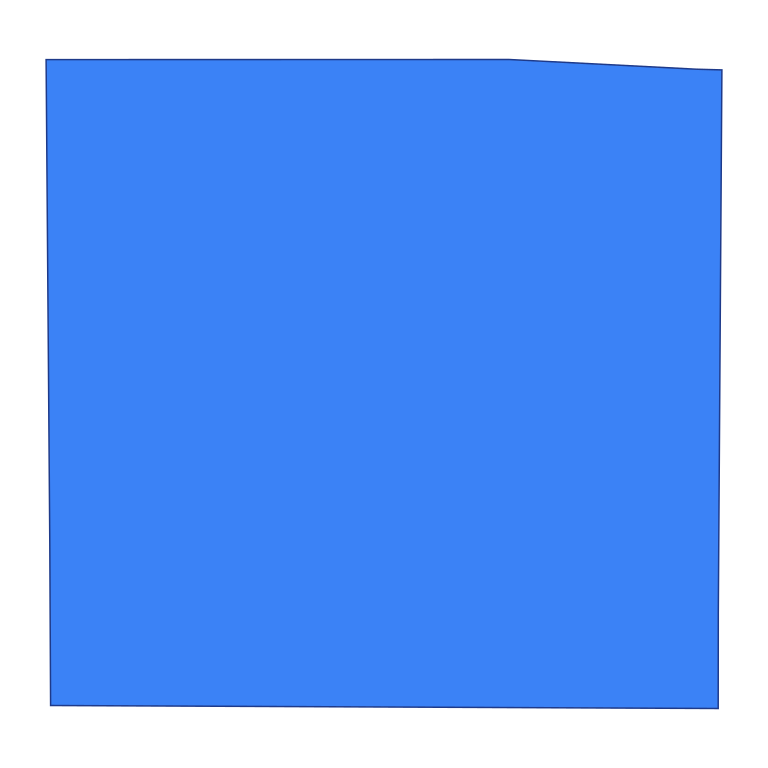 DeKalb, Missouri, United States of America
{"feature_id": "52423323B71692857350549", "entity_name": "DeKalb", "entity_type": "district", "adm_level": 2, "iso_a3": "USA", "parent_name": "United States of America", "parent_adm1": "Missouri", "projection": "equal_earth", "projection_center": [-94.355, 39.893], "detail": "fine", "context": "isolated", "style": "filled", "palette": "blue", "viewbox_px": 768, "rotation_deg": 0, "n_neighbors": 0, "source": "geoboundaries", "source_scale": "gbopen_adm2", "svg_char_len": 232}
<svg xmlns="http://www.w3.org/2000/svg" viewBox="0 0 768 768"><path d="M696.1,69.2L509.2,59.5L46.1,59.6L49.8,544.5L50.6,705.5L718.2,708.5L718.3,613.0L721.9,69.9L696.1,69.2Z" fill="#3b82f6" stroke="#1e3a8a" stroke-width="1.5"/></svg>